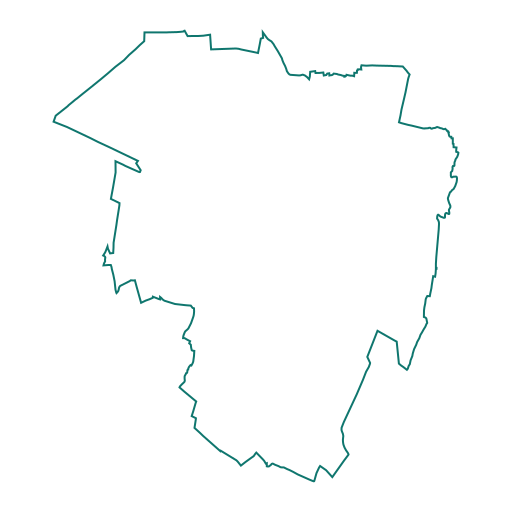 outline of Chau Thanh, Sóc Trăng, Vietnam
{"feature_id": "81297802B53741861263416", "entity_name": "Chau Thanh", "entity_type": "district", "adm_level": 2, "iso_a3": "VNM", "parent_name": "Vietnam", "parent_adm1": "Sóc Trăng", "projection": "equal_earth", "projection_center": [105.914, 9.671], "detail": "fine", "context": "isolated", "style": "outline", "palette": "teal", "viewbox_px": 512, "rotation_deg": 0, "n_neighbors": 0, "source": "geoboundaries", "source_scale": "gbopen_adm2", "svg_char_len": 6001}
<svg xmlns="http://www.w3.org/2000/svg" viewBox="0 0 512 512"><path d="M456.5,147.5L453.6,147.2L453.5,143.9L452.8,143.7L452.8,138.3L451.5,138.3L451.3,136.8L450.4,136.8L449.6,136.5L449.1,135.6L448.7,133.7L448.4,132.7L448.8,132.5L448.3,131.3L448.0,131.2L447.4,131.2L447.0,130.8L446.7,130.1L446.1,129.7L445.3,128.8L445.0,128.9L444.5,129.1L443.3,129.1L441.8,128.4L440.2,128.1L439.1,127.6L437.1,127.0L435.1,127.9L432.9,128.2L432.4,128.5L431.7,128.7L431.2,128.6L430.7,128.3L430.4,127.9L429.8,127.8L429.1,127.8L428.2,128.2L426.6,128.3L425.0,128.3L424.8,128.5L423.0,128.4L411.6,125.6L408.2,124.9L401.3,123.1L399.0,122.3L400.5,115.4L401.5,109.5L403.7,100.2L405.5,92.4L408.1,79.1L408.6,77.3L409.6,74.5L407.9,72.6L406.5,70.7L402.8,66.5L397.2,66.2L393.2,66.1L391.1,65.9L376.7,65.6L372.2,65.4L366.3,65.7L361.5,65.3L361.0,67.1L361.3,69.5L359.4,69.3L357.8,69.4L357.7,70.2L357.0,70.5L356.9,72.8L355.4,72.9L354.3,72.8L354.2,74.9L354.1,76.2L352.4,75.7L350.5,75.7L346.5,74.8L346.3,75.5L345.7,76.2L345.1,76.6L344.4,76.7L344.4,75.9L342.7,75.7L340.7,75.0L338.1,74.5L336.9,74.0L333.7,73.6L332.8,74.6L332.1,75.0L331.3,75.2L330.1,75.3L329.4,75.5L329.2,73.3L327.2,73.6L326.3,75.0L323.8,75.5L323.3,72.5L319.6,72.9L315.5,73.0L315.2,71.1L310.2,71.8L309.8,76.7L309.1,79.3L307.2,77.2L305.9,76.2L305.0,75.5L303.2,74.8L302.6,74.7L300.1,75.4L298.5,75.4L290.3,74.8L289.3,74.3L288.4,73.4L286.9,71.2L286.2,68.8L285.1,66.0L283.5,62.9L282.4,60.2L281.9,58.3L277.8,51.1L274.7,46.2L273.6,44.2L271.5,41.5L270.8,41.0L269.6,40.3L267.8,39.0L266.5,37.4L262.8,32.3L262.9,36.0L263.1,37.9L260.8,38.6L259.8,44.0L258.0,53.0L253.0,51.9L241.3,49.5L238.6,48.8L235.9,48.5L211.1,49.4L210.1,34.7L203.3,35.7L198.1,36.0L192.7,36.0L187.6,36.1L184.6,30.7L184.2,30.8L183.4,31.5L180.7,31.8L176.8,32.1L168.5,32.3L166.7,32.4L144.5,32.4L144.2,41.2L139.9,45.0L135.5,49.3L129.1,54.9L124.0,60.2L115.4,66.8L107.7,73.5L100.5,79.5L88.1,89.5L82.2,94.2L76.8,98.6L75.5,99.5L68.5,105.3L67.7,106.2L55.7,115.7L53.6,121.7L58.6,123.7L67.0,127.0L90.6,138.2L97.7,141.8L110.6,147.8L137.9,160.9L136.2,163.3L140.6,170.1L140.4,170.3L140.4,170.9L140.0,172.0L139.6,172.1L138.8,171.9L125.3,165.9L123.1,164.7L115.5,161.2L115.6,172.5L113.1,187.1L110.9,198.9L119.5,203.1L119.4,205.3L118.8,209.2L117.1,219.9L116.4,225.0L113.6,242.7L113.5,247.8L113.2,253.0L110.1,253.4L107.9,248.6L107.5,246.5L105.7,251.2L105.1,252.5L103.2,255.5L104.3,256.0L105.2,257.1L105.3,257.5L105.0,259.7L105.1,261.4L104.2,263.0L103.9,263.8L103.5,265.4L108.3,265.0L110.8,265.0L111.5,267.0L111.8,268.9L113.3,274.7L114.6,281.2L115.5,289.7L116.2,292.4L116.5,293.1L117.3,292.3L118.2,291.1L118.7,289.6L119.0,287.9L119.3,287.1L120.1,286.0L120.6,285.7L129.7,281.1L130.8,280.3L133.7,280.5L134.9,280.3L136.6,286.7L141.1,302.8L145.7,300.6L149.6,299.2L152.8,297.8L152.9,296.7L159.0,299.1L160.1,299.4L160.1,297.0L161.1,297.8L162.8,299.6L164.4,300.7L165.0,300.9L175.0,304.0L185.6,305.2L190.8,305.6L192.6,307.9L194.0,308.3L194.1,311.5L193.9,314.0L193.6,315.8L193.1,317.4L191.0,323.3L188.4,328.4L187.6,329.3L185.3,331.3L184.8,332.1L183.8,334.6L183.3,336.2L183.1,338.1L184.5,338.1L187.4,339.8L190.1,341.2L189.2,343.3L190.8,344.7L191.1,347.4L191.7,350.1L191.8,350.3L192.5,350.6L194.3,350.9L194.0,356.0L193.3,361.1L193.2,361.7L192.6,363.3L191.4,365.5L190.5,365.1L189.5,366.3L188.9,367.1L188.3,368.5L188.2,369.5L187.8,369.6L187.5,370.0L187.3,371.0L187.3,371.9L187.1,372.6L186.7,373.1L186.0,373.3L185.8,374.1L184.8,375.8L184.6,376.7L184.6,378.6L184.8,380.6L184.6,381.4L184.5,381.7L184.1,382.2L181.7,384.5L180.4,385.9L179.9,386.5L179.5,387.4L180.1,387.9L184.3,391.6L196.2,401.5L195.7,402.8L193.2,411.4L191.7,416.1L195.9,418.2L195.9,418.8L195.6,420.8L194.5,427.9L200.0,432.9L203.2,436.0L220.4,451.2L220.7,450.7L236.4,460.3L237.7,461.6L240.9,465.6L245.5,462.0L253.8,456.0L255.2,453.9L256.3,452.6L263.0,459.5L264.2,460.9L265.8,463.6L266.8,463.2L266.8,466.3L267.9,466.5L268.9,466.4L270.8,465.0L271.7,463.9L272.5,463.6L273.0,463.7L275.1,464.8L278.5,466.1L280.5,467.2L281.8,467.4L283.6,467.4L284.0,467.5L287.2,469.1L289.4,470.0L293.2,471.9L297.7,474.4L309.4,479.6L312.5,480.9L313.8,481.3L314.1,481.2L314.3,480.9L316.5,473.1L319.1,467.5L320.1,466.0L326.1,470.2L332.3,477.1L344.1,460.5L348.3,454.9L348.5,454.6L348.5,454.3L348.3,453.8L347.8,452.8L346.1,450.4L344.6,447.7L343.6,445.1L343.3,444.0L343.0,441.9L342.9,439.8L343.3,436.0L342.9,433.8L342.0,431.6L341.6,430.4L341.5,429.4L341.6,427.7L343.8,422.1L356.7,394.4L363.0,379.7L366.1,371.7L368.8,367.0L370.0,363.7L370.1,362.9L367.3,356.9L377.5,330.8L394.9,340.7L396.7,341.6L398.9,363.6L401.1,365.5L403.3,367.0L406.9,369.8L407.8,368.7L408.7,365.9L409.8,364.2L410.6,360.3L412.3,356.1L412.8,353.4L414.1,349.1L416.2,344.8L417.1,342.1L419.3,338.2L420.5,334.8L422.0,332.4L423.6,329.5L425.4,326.6L426.5,323.9L427.0,323.3L427.2,322.9L426.4,318.8L426.2,318.3L425.5,317.6L424.5,317.2L424.1,317.1L423.9,317.0L423.9,316.7L424.0,310.5L424.4,307.3L425.2,303.5L425.7,299.4L426.0,298.4L427.3,296.0L429.8,296.2L430.3,293.4L431.4,288.2L431.8,285.0L433.2,276.2L435.1,276.7L435.6,273.5L435.9,269.0L436.5,268.9L436.5,268.0L435.9,268.1L435.9,263.7L436.3,257.0L438.7,229.7L439.0,224.1L438.9,222.1L438.6,221.3L438.2,220.2L437.1,218.6L437.2,216.7L437.4,215.7L437.7,215.0L438.1,214.7L438.5,214.8L439.9,216.1L440.8,216.7L443.8,217.8L444.7,217.7L445.0,217.2L445.0,215.1L445.2,214.1L445.4,213.6L445.8,213.2L446.3,213.0L447.3,213.3L448.6,214.0L448.9,214.0L449.2,213.9L449.3,213.5L449.3,212.5L448.9,210.3L449.0,209.6L450.3,207.4L450.4,206.6L450.3,205.6L449.1,202.9L448.3,200.4L448.0,199.2L447.9,198.1L450.0,192.3L450.8,191.8L452.1,190.1L453.6,189.0L455.2,186.1L456.6,182.1L456.9,180.2L457.0,178.4L456.8,177.2L456.4,176.7L455.6,176.6L453.2,176.7L452.5,177.2L451.8,177.3L451.4,177.2L451.0,176.5L450.9,175.7L450.8,175.1L450.9,174.0L450.8,172.7L451.0,172.2L452.2,171.0L452.6,168.8L452.5,167.0L453.0,166.0L453.9,166.1L454.4,165.6L454.5,162.6L454.8,161.5L455.2,160.8L455.5,159.4L457.2,156.9L458.1,154.5L458.4,152.7L458.1,152.4L457.8,152.2L457.2,152.1L456.2,151.8L456.2,150.2L456.5,147.5Z" fill="none" stroke="#0f766e" stroke-width="2"/></svg>